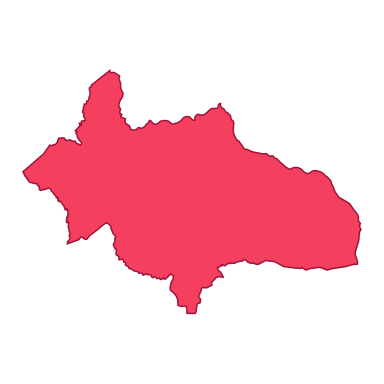 outline of Emiliano Zapata, Tlaxcala, Mexico
{"feature_id": "50627088B67872726344877", "entity_name": "Emiliano Zapata", "entity_type": "district", "adm_level": 2, "iso_a3": "MEX", "parent_name": "Mexico", "parent_adm1": "Tlaxcala", "projection": "mercator", "projection_center": [-97.939, 19.566], "detail": "fine", "context": "isolated", "style": "filled", "palette": "rose", "viewbox_px": 384, "rotation_deg": 0, "n_neighbors": 0, "source": "geoboundaries", "source_scale": "gbopen_adm2", "svg_char_len": 5954}
<svg xmlns="http://www.w3.org/2000/svg" viewBox="0 0 384 384"><path d="M109.7,70.6L91.3,85.2L91.3,87.2L89.6,87.5L89.3,89.5L90.2,92.5L89.9,95.2L89.1,97.3L89.0,98.6L87.8,101.3L87.4,101.5L86.6,101.3L86.6,102.6L86.2,103.8L84.2,104.2L84.3,104.9L83.5,107.1L83.2,110.2L82.6,110.8L82.5,112.4L83.8,112.8L83.5,116.2L84.1,117.3L85.0,118.5L85.3,120.4L83.0,121.0L81.8,121.0L81.5,121.3L81.1,122.4L81.4,124.1L81.2,125.0L80.6,124.0L79.4,123.5L79.9,124.8L79.7,125.8L78.7,127.3L77.4,128.4L76.1,130.0L75.2,130.5L75.3,130.9L77.1,131.9L75.9,133.2L77.2,135.0L77.4,137.5L78.1,138.1L78.9,139.7L81.4,142.6L81.7,143.4L81.6,144.0L80.1,145.2L79.5,144.9L78.9,144.1L76.8,143.7L75.2,141.3L72.7,141.3L70.1,139.8L67.7,140.4L66.4,140.4L65.5,139.9L64.3,138.1L64.0,138.0L62.7,137.8L58.7,138.3L57.0,142.8L55.5,144.4L52.2,145.2L51.1,146.0L49.8,145.1L43.6,153.9L23.0,171.7L23.7,172.8L23.9,173.7L25.0,176.0L26.3,177.4L26.7,178.6L27.4,178.6L28.3,180.5L29.0,181.6L30.2,182.4L35.3,183.7L36.6,183.4L37.1,183.7L37.5,185.4L39.0,186.1L39.2,186.7L39.0,187.3L39.7,188.5L39.4,189.6L40.4,190.4L41.3,190.3L44.1,189.3L44.3,189.5L46.1,189.1L48.4,188.1L49.8,188.3L50.8,189.7L51.3,190.0L51.3,190.9L51.6,191.4L53.1,192.7L54.2,194.5L55.2,195.1L56.1,196.5L56.2,197.6L56.8,197.9L57.5,197.4L58.1,197.8L57.8,199.2L58.4,201.3L58.8,201.5L59.7,200.8L61.2,202.5L63.9,206.0L65.1,209.7L66.4,210.0L66.7,209.7L66.7,208.9L67.3,209.3L67.8,210.4L68.0,212.3L67.9,214.9L67.0,217.0L67.5,216.8L66.4,219.9L67.3,220.4L66.4,222.0L66.8,222.6L68.0,222.7L68.3,222.3L68.7,223.4L68.3,226.5L68.4,227.7L69.1,229.1L69.1,231.1L70.0,233.0L69.8,234.1L69.1,235.7L70.2,237.8L68.7,241.0L68.0,241.1L67.6,241.4L67.4,243.8L78.2,239.9L79.2,239.3L80.5,237.3L81.3,236.8L81.9,236.9L82.8,237.9L85.0,239.2L86.3,239.3L86.8,239.1L90.0,235.3L97.5,229.7L103.9,224.3L105.9,223.2L107.4,223.1L110.3,225.5L110.8,226.6L111.1,228.7L112.7,232.7L113.7,234.4L115.6,236.2L115.9,236.7L115.4,237.2L114.8,238.5L114.8,241.9L113.3,244.4L114.2,246.9L115.0,247.9L115.0,248.9L116.1,249.3L116.5,249.7L116.6,250.1L116.0,253.0L116.1,254.5L116.5,255.0L118.2,256.0L119.0,256.7L118.9,259.1L119.1,259.8L120.0,259.8L121.5,259.2L122.7,259.4L123.5,260.7L123.7,262.1L125.2,262.5L125.6,262.9L125.7,263.4L125.3,264.7L125.5,265.2L127.8,266.2L129.2,268.5L129.7,268.8L131.2,268.8L134.0,270.9L137.7,271.7L138.2,272.1L138.8,273.1L139.2,273.3L140.6,272.9L141.6,273.0L142.2,273.5L143.1,275.2L146.3,273.8L147.3,274.8L148.2,274.4L148.8,274.4L151.1,275.3L151.7,276.9L152.4,277.5L153.3,277.5L154.2,276.5L154.8,276.6L155.7,277.3L156.7,278.5L157.8,278.6L159.5,278.0L160.2,279.3L161.1,279.5L162.1,279.1L162.9,278.1L163.3,277.9L163.8,278.1L164.4,279.2L165.2,279.1L167.8,277.0L169.1,275.3L171.1,274.3L172.0,274.5L173.4,276.4L173.5,277.3L172.9,279.1L170.7,283.9L170.1,288.3L170.3,289.6L170.9,290.8L171.5,291.2L172.2,291.3L173.5,292.9L174.7,293.9L176.5,296.6L178.0,300.6L177.8,301.7L178.0,305.4L181.7,306.5L183.9,306.1L185.9,306.5L186.3,306.9L186.7,307.7L187.0,313.4L195.2,313.4L196.0,311.8L197.1,304.5L197.4,304.0L198.1,303.4L199.9,303.0L200.3,302.1L200.5,299.2L200.2,298.6L198.9,297.5L198.8,296.2L198.8,295.6L200.9,291.5L201.4,288.7L201.9,287.9L202.8,287.6L206.3,287.8L207.5,287.5L209.5,286.3L212.0,285.2L211.5,283.8L211.5,283.1L211.8,282.4L212.4,281.5L214.8,279.2L216.1,277.5L219.5,276.6L221.8,277.1L222.5,276.9L223.6,277.7L220.7,272.2L219.1,271.2L217.4,268.0L217.4,267.4L219.5,267.0L220.5,265.6L221.9,265.9L222.0,264.6L222.5,264.6L224.5,265.7L225.3,265.5L226.3,264.6L227.6,263.9L229.3,263.2L230.4,263.6L231.2,263.1L234.9,263.3L236.0,262.2L243.0,260.8L243.3,259.8L245.3,259.7L246.7,260.8L247.4,262.0L247.9,261.9L249.5,263.0L253.4,263.2L256.3,264.3L258.2,264.4L265.7,260.5L274.7,261.7L283.7,266.5L293.6,267.9L300.9,268.5L302.0,267.6L305.8,270.0L311.0,268.4L320.0,267.3L327.2,270.1L331.3,268.8L345.5,266.6L353.8,264.3L357.2,264.3L357.6,262.0L357.5,261.4L355.6,255.6L355.2,254.9L355.1,253.2L355.5,251.2L358.3,242.3L359.0,239.2L358.9,237.1L359.5,233.5L359.4,232.1L361.0,229.5L360.0,228.0L359.6,225.1L360.4,223.5L358.8,221.5L358.4,219.8L358.4,216.8L357.6,214.8L355.6,211.9L353.5,209.4L350.4,204.7L348.9,203.1L338.9,197.3L335.6,192.7L334.5,190.7L333.7,188.0L331.5,183.6L330.9,181.0L327.4,177.1L325.1,175.6L323.7,173.8L321.5,172.4L319.2,171.4L315.6,170.6L313.8,170.7L312.0,171.4L310.1,172.7L308.1,173.6L305.6,173.1L304.3,172.2L301.2,169.1L298.4,167.8L297.1,167.5L294.6,167.5L293.5,167.7L292.3,168.1L290.6,169.1L289.5,169.2L285.8,167.2L284.1,165.5L280.1,162.2L277.0,158.9L274.3,158.0L273.9,157.0L273.1,156.0L272.0,155.8L271.4,156.2L270.3,156.4L268.0,155.2L267.0,154.1L266.1,153.6L263.1,153.9L254.0,152.2L251.0,151.3L247.7,149.6L245.1,149.1L243.7,148.4L242.1,145.7L238.9,141.2L237.8,140.7L236.4,139.4L233.8,134.1L233.3,130.5L233.7,123.4L233.6,122.3L233.2,121.1L231.8,120.1L231.0,118.7L230.5,115.9L230.3,115.4L229.0,114.5L228.1,113.2L225.3,111.6L223.8,108.8L223.0,108.6L221.4,107.4L220.5,105.4L220.5,103.6L220.2,103.4L219.0,104.0L218.6,104.5L218.4,105.0L218.3,106.7L217.3,107.9L216.5,108.4L214.3,108.5L212.3,108.4L211.2,108.8L209.3,110.2L206.5,113.0L204.5,114.5L202.0,115.2L198.2,114.3L197.0,114.7L195.8,115.8L195.1,116.8L194.8,118.1L195.1,119.6L194.6,120.4L192.7,120.0L189.5,116.9L188.3,116.5L186.1,116.6L184.2,117.3L182.4,118.8L181.1,120.7L176.6,123.3L175.0,123.4L173.1,124.2L172.0,124.0L168.5,121.2L167.2,120.7L163.8,120.5L160.5,121.2L157.7,123.6L156.0,124.3L153.7,124.0L151.8,122.1L151.0,121.0L150.4,120.6L149.5,120.4L149.2,120.7L148.8,122.6L146.3,124.2L144.9,126.6L141.5,128.4L138.8,127.7L137.7,128.0L136.9,129.1L134.5,130.2L131.0,129.6L129.3,125.7L125.4,123.2L125.0,119.8L125.5,118.8L120.8,117.1L120.6,116.5L120.8,115.7L121.5,115.5L121.8,114.9L121.7,114.2L120.1,113.5L119.6,111.8L120.5,109.9L120.4,108.6L119.4,107.7L119.3,106.8L118.7,105.8L118.8,105.2L119.7,101.4L122.6,96.4L123.1,93.7L122.7,92.4L121.9,91.2L121.1,89.5L120.5,85.6L120.7,83.9L119.6,80.4L118.7,78.9L119.7,76.6L119.6,76.2L119.1,75.6L114.1,72.5L113.3,72.4L110.9,72.7L109.6,71.3L109.7,70.6Z" fill="#f43f5e" stroke="#9f1239" stroke-width="1.5"/></svg>